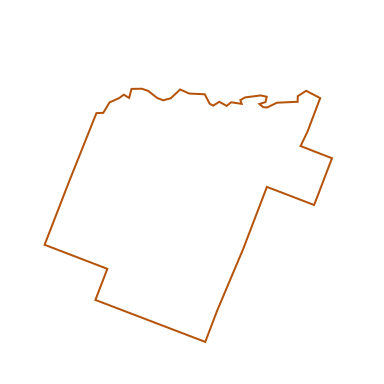 outline of Pittsburg, Oklahoma, United States of America, rotated 21°
{"feature_id": "52423323B82358250228718", "entity_name": "Pittsburg", "entity_type": "district", "adm_level": 2, "iso_a3": "USA", "parent_name": "United States of America", "parent_adm1": "Oklahoma", "projection": "robinson", "projection_center": [-95.719, 34.947], "detail": "fine", "context": "isolated", "style": "outline", "palette": "amber", "viewbox_px": 384, "rotation_deg": 21, "n_neighbors": 0, "source": "geoboundaries", "source_scale": "gbopen_adm2", "svg_char_len": 760}
<svg xmlns="http://www.w3.org/2000/svg" viewBox="0 0 384 384"><g transform="rotate(21 192 192)"><path d="M258.0,293.8L260.2,227.2L260.1,160.4L310.6,160.4L310.7,149.2L310.6,123.4L310.6,110.3L296.4,110.3L276.9,110.2L278.2,94.1L278.0,58.4L262.3,56.6L256.4,64.7L258.3,69.9L239.3,78.2L231.8,86.2L228.0,87.3L223.4,85.7L228.4,81.7L227.6,76.3L221.6,77.2L207.6,84.7L204.2,88.9L206.8,91.9L196.4,94.2L193.5,99.2L185.2,98.0L180.8,103.8L176.8,103.2L168.9,96.2L154.1,101.1L144.2,100.5L138.6,112.1L132.3,116.7L125.8,116.7L114.9,113.3L108.1,113.6L98.6,117.4L99.6,126.7L93.4,125.6L90.4,130.4L82.9,137.9L80.8,149.9L74.5,152.6L73.5,227.4L73.4,260.7L73.3,294.1L140.5,294.1L140.5,327.4L207.6,327.3L258.1,327.2L258.0,293.8Z" fill="none" stroke="#b45309" stroke-width="2"/></g></svg>